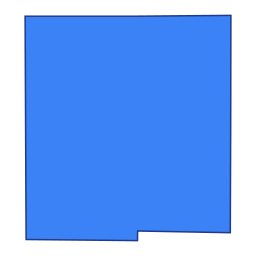 outline of Gladwin, Michigan, United States of America
{"feature_id": "52423323B35263556044157", "entity_name": "Gladwin", "entity_type": "district", "adm_level": 2, "iso_a3": "USA", "parent_name": "United States of America", "parent_adm1": "Michigan", "projection": "mercator", "projection_center": [-84.354, 43.988], "detail": "fine", "context": "isolated", "style": "filled", "palette": "blue", "viewbox_px": 256, "rotation_deg": 0, "n_neighbors": 0, "source": "geoboundaries", "source_scale": "gbopen_adm2", "svg_char_len": 234}
<svg xmlns="http://www.w3.org/2000/svg" viewBox="0 0 256 256"><path d="M136.9,16.2L25.1,16.2L26.1,239.5L137.5,240.6L137.6,231.0L230.3,232.7L230.7,122.2L230.9,15.4L136.9,16.2Z" fill="#3b82f6" stroke="#1e3a8a" stroke-width="1.5"/></svg>